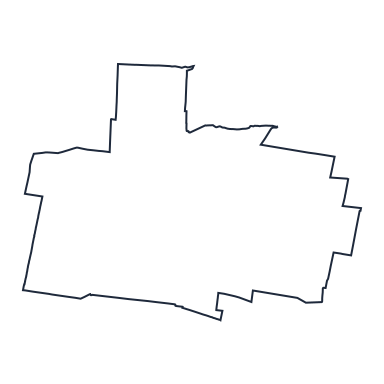 the district of Redea, Olt, Romania
{"feature_id": "2599482B70526693367132", "entity_name": "Redea", "entity_type": "district", "adm_level": 2, "iso_a3": "ROU", "parent_name": "Romania", "parent_adm1": "Olt", "projection": "robinson", "projection_center": [24.25, 44.051], "detail": "fine", "context": "isolated", "style": "outline", "palette": "slate", "viewbox_px": 384, "rotation_deg": 0, "n_neighbors": 0, "source": "geoboundaries", "source_scale": "gbopen_adm2", "svg_char_len": 5522}
<svg xmlns="http://www.w3.org/2000/svg" viewBox="0 0 384 384"><path d="M321.9,302.0L322.1,301.6L322.2,300.4L322.2,299.4L322.2,298.3L322.4,295.5L322.7,292.6L322.8,289.6L322.8,288.7L322.9,288.3L323.1,288.0L323.3,287.8L323.7,287.8L325.6,288.0L327.0,280.7L328.1,278.8L329.7,271.3L330.7,266.1L333.6,252.5L340.9,253.6L342.5,254.0L351.1,255.4L353.0,245.6L356.2,228.5L359.6,211.1L359.8,210.9L360.5,210.8L361.0,208.1L342.6,206.0L343.5,202.7L344.8,197.3L345.1,195.2L345.4,194.1L348.2,179.1L347.3,178.7L330.2,177.5L331.5,171.7L334.6,156.7L331.0,156.1L326.2,155.3L319.9,154.3L315.4,153.6L308.6,152.7L260.8,144.7L265.0,138.6L270.6,129.6L271.1,128.9L271.4,128.5L271.7,128.2L272.5,127.8L273.1,127.6L274.0,127.5L275.5,127.6L276.5,127.6L276.8,127.5L277.2,127.1L277.1,126.9L277.0,127.0L276.9,127.0L275.8,126.6L275.0,126.5L273.7,126.1L272.6,125.8L272.4,125.8L271.4,125.8L267.9,125.7L267.7,125.7L266.0,125.6L264.3,125.7L261.3,125.9L259.7,126.2L259.3,126.1L258.7,126.0L258.0,125.9L257.1,125.9L255.2,125.8L254.8,125.8L254.5,125.8L254.3,125.9L253.5,126.3L253.0,126.3L252.0,126.1L250.7,126.0L250.4,126.1L250.1,126.5L249.7,127.1L249.4,127.5L249.1,127.8L248.5,128.0L248.0,128.2L247.3,128.4L246.7,128.5L246.3,128.6L245.8,128.7L243.6,128.8L242.9,128.8L240.8,129.1L239.6,129.3L237.9,129.4L236.3,129.4L235.6,129.3L233.3,129.1L229.9,129.0L228.6,128.8L227.7,128.7L227.1,128.5L225.8,128.1L224.7,127.7L223.9,127.6L222.9,127.6L222.3,127.4L221.9,127.3L221.3,126.9L220.1,126.4L219.8,126.3L219.4,126.4L218.8,126.5L217.0,127.1L216.5,127.2L216.1,127.2L215.8,127.1L215.1,126.7L214.2,126.1L213.1,125.3L212.9,125.2L211.0,125.3L207.7,125.4L206.8,125.5L206.2,125.5L205.7,125.5L205.3,125.4L189.9,132.6L189.4,132.2L188.7,132.2L188.5,131.4L188.4,131.2L186.8,131.0L186.6,130.7L186.6,130.1L186.5,129.4L186.4,128.3L186.5,123.8L186.5,123.3L186.2,123.0L186.3,122.3L186.4,115.1L186.5,111.5L186.5,111.2L186.0,111.1L184.9,111.1L185.1,107.7L185.5,103.9L185.7,101.7L185.9,95.4L186.5,79.7L186.6,78.7L186.8,76.7L186.9,73.9L186.9,70.7L188.3,70.3L191.4,69.2L192.0,69.0L192.4,68.5L192.8,68.0L193.1,67.0L193.6,66.0L192.9,66.1L191.4,66.6L190.3,66.9L189.3,67.2L187.7,67.4L187.2,67.3L186.6,67.1L185.2,66.7L184.2,67.0L181.8,67.8L179.3,67.1L178.1,66.9L175.2,66.3L174.9,66.3L171.8,66.5L171.5,66.4L170.4,66.2L169.6,66.1L159.4,65.5L150.7,65.4L136.5,64.8L134.7,64.8L128.0,64.5L118.0,64.0L117.9,66.3L117.7,72.3L117.6,75.4L117.4,79.6L117.2,83.7L117.0,93.3L116.8,98.4L116.7,102.1L116.5,105.5L116.2,112.2L115.9,117.1L115.8,118.1L115.6,119.8L111.3,119.1L111.0,119.3L110.1,141.0L109.7,151.7L109.7,152.1L102.6,151.2L98.6,150.9L93.5,150.3L87.6,149.7L82.5,148.7L78.0,147.7L76.8,147.6L75.6,147.9L73.5,148.5L69.5,149.8L66.5,150.7L62.6,151.9L60.7,152.4L59.0,152.8L58.2,153.1L57.5,153.1L49.4,152.5L47.1,152.4L45.6,152.4L42.4,152.9L36.7,153.5L33.8,153.8L32.0,159.0L31.5,160.4L30.2,164.5L30.0,166.3L29.6,172.2L27.4,182.6L26.6,186.0L24.9,193.8L42.4,196.5L41.5,201.0L41.3,201.7L41.2,202.0L40.9,203.6L40.8,204.0L40.7,204.3L40.7,204.5L40.5,205.5L40.3,206.2L40.0,207.9L39.7,209.5L39.6,210.0L39.5,210.3L39.5,210.5L39.4,210.9L39.2,211.8L39.1,212.5L39.0,212.8L38.9,213.0L38.8,213.5L38.8,213.8L38.6,214.5L38.5,215.1L38.3,216.0L38.3,216.3L38.2,216.7L38.2,217.2L37.9,218.5L37.7,219.1L37.1,222.0L36.6,224.5L36.5,224.9L36.4,225.4L36.2,226.3L36.0,227.1L35.9,227.3L35.9,227.8L35.8,228.1L35.6,229.5L35.4,230.3L35.0,232.2L35.0,232.3L34.9,233.1L34.7,233.8L34.6,234.2L34.5,234.6L34.3,235.5L34.3,235.8L34.2,235.8L34.2,236.0L34.2,236.4L34.1,237.1L34.0,237.4L33.9,237.8L33.8,238.0L33.7,238.5L33.6,239.1L33.4,240.1L32.5,244.6L32.3,246.0L31.9,248.3L31.8,248.8L31.7,249.5L31.5,250.3L31.5,250.5L31.4,251.1L31.1,252.6L30.5,255.1L30.1,256.9L30.0,257.2L29.9,257.8L29.8,258.3L29.7,258.7L29.7,259.0L29.6,259.3L29.4,259.9L29.4,260.0L29.3,260.4L29.2,260.7L29.1,261.2L29.0,261.7L29.0,261.9L28.8,262.9L28.8,263.1L28.4,264.4L28.3,265.0L28.1,265.7L28.1,265.9L28.0,266.3L27.9,266.7L27.9,267.3L27.8,267.7L27.7,268.0L27.4,269.7L27.3,270.5L27.2,270.9L27.2,271.3L27.1,271.6L27.0,272.0L26.9,272.3L26.8,273.0L26.7,273.8L26.3,275.8L26.3,276.0L26.2,276.1L26.2,276.3L26.1,276.9L26.0,277.2L26.0,277.4L25.8,278.0L25.7,278.4L25.5,279.0L25.5,279.3L25.4,279.7L25.2,280.5L25.1,281.1L25.1,281.4L25.0,281.5L25.0,281.9L24.8,282.6L24.7,283.4L24.5,284.3L24.2,284.3L23.7,286.4L23.0,290.2L25.2,290.4L28.9,291.0L32.0,291.5L33.3,291.7L36.8,292.2L48.9,293.9L52.0,294.5L57.5,295.3L69.4,297.0L75.3,297.8L80.6,298.7L81.5,298.3L84.5,296.9L89.8,294.2L90.2,294.1L90.4,294.6L90.8,295.1L91.4,295.1L91.8,295.1L92.1,294.9L92.4,294.9L92.7,294.9L103.2,296.1L118.0,297.8L128.7,299.1L148.2,301.1L156.3,302.1L167.6,303.4L172.3,304.0L173.9,304.2L175.0,304.4L175.3,304.6L175.3,304.8L175.3,305.4L175.4,305.7L175.8,305.9L176.1,306.0L180.2,306.5L182.3,306.7L182.6,306.8L182.4,307.8L182.8,307.9L184.4,308.4L186.6,309.1L189.6,310.0L191.7,310.7L192.0,310.8L194.2,311.5L197.5,312.6L200.2,313.5L201.1,313.8L202.5,314.3L202.8,314.4L204.8,315.0L205.6,315.2L208.4,316.1L208.9,316.3L210.0,316.7L210.8,317.0L211.0,317.0L211.3,317.1L211.7,317.1L211.8,317.2L212.2,317.3L212.5,317.5L213.7,318.0L213.9,318.0L214.6,318.2L215.0,318.3L216.0,318.7L216.5,318.9L217.2,319.1L217.4,319.1L217.6,319.1L217.8,319.2L218.1,319.3L218.5,319.5L219.8,319.9L220.2,319.9L220.4,319.9L220.5,320.0L222.4,310.8L216.3,310.1L216.3,309.7L216.5,308.1L216.7,306.4L217.2,302.7L217.3,301.5L217.4,301.0L217.5,299.9L217.7,298.5L217.8,297.8L217.9,296.5L218.2,294.5L218.3,292.9L224.2,293.8L235.0,296.3L239.2,297.5L251.4,302.0L252.9,290.5L297.4,297.9L305.9,302.7L321.6,302.1L321.9,302.0Z" fill="none" stroke="#1e293b" stroke-width="2"/></svg>